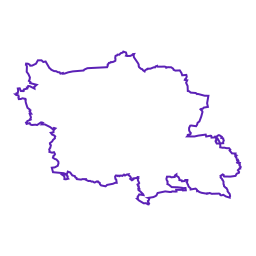 Fermoy Lea-6, Cork, Ireland
{"feature_id": "5873133B9082097592121", "entity_name": "Fermoy Lea-6", "entity_type": "district", "adm_level": 2, "iso_a3": "IRL", "parent_name": "Ireland", "parent_adm1": "Cork", "projection": "equal_earth", "projection_center": [-8.317, 52.16], "detail": "fine", "context": "isolated", "style": "outline", "palette": "violet", "viewbox_px": 256, "rotation_deg": 0, "n_neighbors": 0, "source": "geoboundaries", "source_scale": "gbopen_adm2", "svg_char_len": 5807}
<svg xmlns="http://www.w3.org/2000/svg" viewBox="0 0 256 256"><path d="M25.9,64.8L26.4,65.1L26.9,66.5L26.7,71.8L28.4,74.1L29.9,77.4L29.6,79.5L28.9,80.9L30.5,82.2L30.2,83.1L36.7,84.8L34.1,87.0L34.4,87.2L34.5,88.6L29.8,86.2L28.2,86.0L27.8,87.5L26.9,87.5L27.1,88.6L23.9,89.4L23.3,90.4L23.7,90.9L23.4,91.1L20.9,91.0L19.7,88.3L17.8,88.5L18.2,90.7L17.7,93.1L16.5,93.3L16.4,94.2L15.4,94.3L16.2,95.0L18.4,95.4L18.8,97.0L18.4,97.6L18.8,99.1L20.9,99.0L22.4,98.3L25.2,98.8L25.3,99.6L25.7,99.6L25.6,101.6L26.1,103.6L27.5,107.8L29.6,109.4L29.6,110.0L30.4,110.3L30.2,111.2L29.7,111.6L31.2,113.7L29.7,113.8L30.9,117.1L30.9,117.8L30.2,118.9L30.7,119.6L27.3,121.1L27.1,121.9L26.0,122.6L26.6,123.9L29.7,123.1L30.4,124.5L32.0,125.0L35.3,124.7L37.1,125.0L41.0,122.4L42.1,122.5L42.6,122.7L41.9,123.2L42.2,124.1L41.9,124.4L44.8,124.4L50.2,127.1L52.5,129.0L53.9,127.9L55.4,128.4L54.0,129.7L53.5,130.9L53.5,132.3L50.8,132.8L52.1,134.6L54.2,135.4L55.2,136.4L54.8,137.0L54.9,138.3L53.0,139.9L52.2,141.4L49.9,143.2L50.1,144.4L50.9,145.2L50.2,148.0L49.8,148.2L49.2,149.6L49.6,150.7L49.4,151.9L52.1,152.7L54.0,152.2L55.0,154.1L54.2,155.5L53.5,155.8L52.9,157.7L54.7,158.9L56.4,159.5L58.3,161.6L58.5,163.3L57.7,165.8L54.7,167.4L51.8,167.7L53.0,172.2L63.7,173.2L65.3,173.8L65.5,174.3L63.8,174.2L62.1,174.7L63.9,175.9L64.5,177.3L64.4,179.1L65.9,179.3L68.2,178.7L67.5,177.8L67.7,176.3L66.5,175.4L67.8,171.6L70.2,172.5L72.3,175.4L74.8,176.1L75.3,177.4L76.5,177.9L76.5,178.7L76.8,179.1L81.1,179.6L82.5,179.1L85.7,179.1L85.5,179.6L88.4,181.0L90.2,180.9L91.5,181.6L92.7,181.5L94.4,182.5L95.5,182.2L96.5,181.5L98.0,181.4L98.2,181.6L98.0,181.8L98.2,182.3L99.7,182.8L100.0,184.3L101.1,185.4L105.6,186.3L107.1,184.9L112.9,183.8L115.2,182.8L116.7,182.8L116.2,179.5L115.4,178.9L115.1,176.7L115.8,175.5L117.0,175.5L117.4,176.0L118.9,175.6L119.3,176.2L120.9,175.5L122.3,175.9L122.7,175.4L123.8,175.2L124.1,174.7L125.0,175.5L126.8,174.5L128.4,174.3L128.1,174.8L130.2,176.4L131.0,178.0L130.2,178.9L131.9,180.3L133.2,179.5L132.9,179.1L133.2,178.4L136.6,178.0L137.6,177.0L138.4,177.1L138.2,178.0L138.4,178.4L137.8,179.2L137.9,180.2L139.2,183.1L138.9,183.7L137.5,184.5L138.2,186.3L138.8,186.3L138.9,187.9L139.3,188.6L138.3,188.7L138.5,190.1L140.3,191.4L143.2,194.3L143.5,195.1L139.2,194.4L138.3,196.0L137.7,196.5L137.9,198.1L136.9,198.6L139.0,200.5L143.7,203.3L146.1,203.2L147.8,204.3L148.6,204.4L149.1,203.5L148.0,201.9L147.9,201.0L148.5,200.8L149.4,198.4L148.2,197.9L153.3,197.1L155.1,196.3L156.4,195.5L157.6,193.0L165.2,191.4L169.9,192.0L171.4,191.9L172.2,191.4L175.7,191.6L176.5,191.5L176.2,189.8L182.8,189.9L182.9,190.4L185.8,190.3L185.5,188.0L182.2,188.2L182.0,187.8L177.6,187.3L171.7,187.1L168.8,184.7L167.4,184.1L167.6,183.1L167.4,182.0L167.6,181.4L166.8,180.3L166.4,178.9L167.0,176.7L170.2,176.7L171.3,177.3L174.6,177.0L174.8,176.9L174.7,176.1L175.1,175.3L176.4,174.4L176.4,175.8L178.5,177.1L179.4,178.9L179.4,180.1L181.7,180.4L182.0,181.3L184.8,181.0L185.2,180.0L187.4,180.0L187.4,180.8L186.7,182.3L187.1,182.7L187.4,183.9L187.9,184.4L188.6,186.6L190.5,188.3L190.6,189.5L195.6,188.6L196.9,189.7L197.1,191.2L198.1,191.0L199.3,192.0L201.6,192.8L205.6,193.5L207.3,193.3L207.3,193.7L209.7,193.0L211.7,193.8L219.1,193.6L220.0,194.1L220.1,194.7L220.6,195.2L221.7,195.3L223.3,194.8L226.0,196.5L229.7,197.6L229.7,196.9L230.1,196.1L229.7,194.0L227.6,191.4L227.6,190.2L226.4,188.0L225.7,187.8L224.0,186.1L223.9,184.8L223.5,184.1L223.5,181.6L222.6,179.9L222.3,179.8L222.0,178.9L220.6,177.5L220.8,176.5L220.5,175.9L222.7,174.4L223.7,175.0L223.7,176.0L224.1,176.5L230.5,176.6L235.5,175.9L236.7,173.7L238.9,172.8L239.1,172.0L237.9,170.2L239.2,168.9L240.1,168.6L239.8,168.0L240.6,167.4L240.6,166.6L239.5,165.5L239.7,164.8L239.4,164.4L239.8,164.0L239.5,163.4L239.7,163.0L237.8,162.9L238.2,162.0L237.4,162.0L238.1,160.8L237.7,160.7L237.8,159.8L236.9,159.9L236.3,157.0L235.8,157.1L235.2,156.1L235.6,155.2L236.0,155.1L235.2,154.6L235.5,153.5L232.0,153.4L229.6,150.5L230.3,149.7L229.1,148.2L226.6,148.2L224.0,147.6L223.0,147.8L220.2,147.3L220.3,145.4L220.0,143.5L216.7,143.5L215.6,141.5L215.7,140.7L216.3,140.6L216.1,138.4L217.4,138.3L219.3,141.5L220.0,143.4L223.2,143.2L223.1,142.3L223.8,140.3L223.3,139.6L223.2,138.4L221.3,137.9L221.8,136.8L219.5,135.3L218.5,135.2L216.4,136.7L215.1,136.7L215.1,137.4L211.5,137.6L211.2,135.9L210.6,135.7L206.2,136.5L205.7,134.6L198.3,135.6L194.4,136.5L187.2,136.4L187.8,135.7L187.8,134.9L190.4,134.2L190.8,133.0L189.7,131.7L189.1,130.2L189.1,127.9L190.2,125.7L191.1,125.5L196.1,126.2L197.1,124.7L197.6,122.8L199.4,121.4L201.2,116.7L202.5,111.9L202.2,111.1L200.5,109.3L201.1,108.9L202.6,108.8L203.8,107.6L207.9,106.9L207.1,103.2L208.4,95.8L204.6,95.7L197.8,93.9L197.0,94.1L195.7,93.0L190.7,92.6L189.2,91.3L187.8,91.0L187.6,86.0L186.1,82.8L187.2,80.3L184.8,79.9L185.0,79.3L186.0,78.4L186.6,77.0L186.7,76.5L186.3,74.9L182.2,75.3L181.5,73.1L179.8,70.4L175.4,70.6L173.6,69.8L173.2,68.7L171.2,67.3L167.8,67.2L166.3,67.7L166.2,67.1L164.7,66.6L158.1,66.7L157.4,66.6L157.2,66.1L156.9,66.4L156.3,66.1L155.5,66.5L155.0,67.4L153.8,67.3L150.3,68.7L148.3,68.7L147.7,69.1L147.4,68.8L144.9,70.5L144.6,71.4L143.0,70.3L142.3,69.2L141.3,69.0L139.1,67.2L138.6,65.8L138.8,65.0L138.2,63.5L133.9,57.2L133.6,54.9L134.1,54.0L132.9,54.1L132.0,55.1L130.3,55.9L127.1,56.0L126.0,55.7L126.6,54.7L126.0,52.5L123.3,51.6L122.7,52.6L120.7,53.2L119.3,54.7L117.5,54.6L117.0,55.4L115.6,55.8L115.3,57.0L115.2,58.2L115.5,58.9L115.3,60.8L113.4,61.8L111.8,62.2L111.0,62.0L110.5,62.6L108.9,62.9L108.5,63.8L107.7,64.4L107.6,65.3L107.8,65.7L107.1,67.2L87.4,68.2L84.3,69.6L83.6,70.5L72.8,71.4L68.3,72.3L64.5,73.6L62.8,73.7L62.8,73.0L60.4,73.6L59.6,72.3L57.9,72.2L56.1,71.2L54.1,71.1L51.2,69.7L50.3,68.6L49.5,68.2L45.6,61.5L43.3,62.0L41.5,60.3L37.9,60.3L36.0,63.7L32.1,65.6L30.2,65.7L29.6,64.6L27.9,63.7L26.1,63.6L25.9,64.8Z" fill="none" stroke="#5b21b6" stroke-width="2"/></svg>